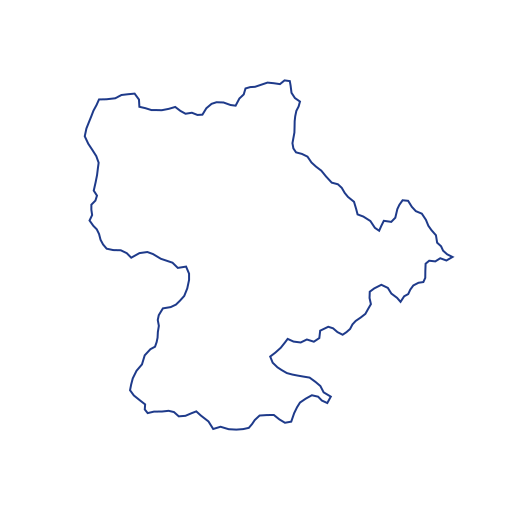 Coqueiral, Minas Gerais, Brazil, rotated 282°
{"feature_id": "56859067B68228561117509", "entity_name": "Coqueiral", "entity_type": "district", "adm_level": 2, "iso_a3": "BRA", "parent_name": "Brazil", "parent_adm1": "Minas Gerais", "projection": "mercator", "projection_center": [-45.418, -21.178], "detail": "fine", "context": "isolated", "style": "outline", "palette": "blue", "viewbox_px": 512, "rotation_deg": 282, "n_neighbors": 0, "source": "geoboundaries", "source_scale": "gbopen_adm2", "svg_char_len": 3004}
<svg xmlns="http://www.w3.org/2000/svg" viewBox="0 0 512 512"><g transform="rotate(282 256 256)"><path d="M294.8,83.8L286.2,83.7L282.0,87.9L276.8,87.4L272.0,84.3L267.1,85.3L262.0,87.2L256.1,85.8L251.7,90.6L249.0,94.7L244.9,97.9L239.5,100.6L235.5,104.0L232.1,108.4L232.1,115.1L233.5,122.5L231.9,129.0L228.4,134.3L234.6,141.4L237.3,148.9L236.5,154.8L233.5,163.5L232.8,169.6L232.1,175.7L228.1,182.0L231.1,189.8L224.8,194.2L218.7,195.5L210.0,195.5L202.0,194.1L196.3,190.8L191.8,187.8L188.3,183.2L185.4,175.8L177.9,173.2L173.0,173.2L167.5,175.5L161.3,175.8L155.6,176.7L151.1,176.7L146.3,176.1L142.9,172.1L135.7,167.8L126.3,167.0L118.9,163.0L110.7,160.9L104.2,160.6L98.5,160.7L94.2,165.5L90.5,172.8L87.8,178.4L82.8,179.1L79.8,182.7L82.6,188.6L84.3,196.3L86.4,202.7L86.3,208.2L83.1,213.8L85.0,220.2L88.8,225.6L91.6,229.9L88.5,235.2L84.3,243.9L77.9,250.1L81.6,256.8L80.9,265.3L82.1,272.9L84.0,279.4L86.4,284.7L90.8,287.1L95.3,288.9L100.7,292.7L102.7,299.8L104.2,306.5L101.0,312.9L98.9,319.0L101.3,324.9L110.2,326.0L116.6,327.6L121.8,329.5L126.8,334.3L131.4,339.6L131.3,346.0L128.3,350.5L127.0,356.3L134.0,358.4L136.7,350.5L142.2,346.0L145.1,340.6L148.2,333.7L147.9,327.3L147.7,321.7L147.6,316.3L147.9,310.5L149.8,304.7L151.6,300.1L155.1,294.5L160.6,290.8L165.5,295.0L171.4,299.3L177.2,302.2L181.5,304.2L180.1,310.5L180.7,317.7L184.9,323.1L184.2,330.4L188.9,335.0L196.3,334.3L201.8,341.4L201.3,346.4L198.5,351.5L197.0,357.1L200.3,360.3L204.2,363.2L209.2,364.6L213.2,367.0L217.6,371.2L222.1,375.0L227.9,376.8L232.8,378.4L238.5,375.8L244.7,374.7L248.9,378.4L253.9,384.6L252.2,391.6L247.4,396.2L244.4,402.7L241.2,406.9L247.4,409.3L250.4,412.8L255.2,413.9L259.9,416.0L263.6,420.5L265.3,425.1L269.8,426.1L276.3,424.8L283.7,423.5L287.4,426.4L288.0,432.5L292.1,436.7L291.2,443.2L295.9,448.4L297.4,442.6L300.1,437.9L304.0,435.0L306.7,430.4L313.7,427.7L317.8,422.2L321.4,418.3L326.7,414.7L331.9,409.4L333.1,403.0L336.5,398.2L341.6,393.3L341.0,387.8L335.9,385.6L331.3,384.5L322.4,384.3L317.5,381.2L317.0,373.7L311.5,372.3L306.3,371.2L308.3,366.4L314.0,360.6L316.9,352.8L317.8,346.7L322.6,344.3L329.4,340.6L332.9,333.7L336.1,329.7L340.5,325.7L343.2,321.2L343.5,314.8L348.4,307.9L353.0,302.2L356.0,295.9L359.0,290.8L363.9,285.7L365.4,279.7L365.7,273.6L369.0,270.2L373.9,268.2L384.7,267.9L390.2,266.9L395.9,265.8L400.9,265.3L406.4,265.3L411.1,266.6L416.2,266.9L418.6,261.2L423.0,256.8L429.9,254.4L434.1,252.7L433.7,247.4L429.1,243.7L428.7,237.4L428.0,231.2L424.8,225.8L421.3,219.9L420.0,215.2L417.7,210.9L411.5,210.4L406.6,207.0L398.8,204.8L398.4,199.7L399.4,192.3L398.2,185.4L395.6,180.9L390.2,176.7L383.1,174.2L381.8,169.4L382.8,163.5L380.5,157.5L382.2,151.9L385.0,146.0L381.8,140.1L379.0,133.5L378.0,128.1L377.0,123.4L377.6,117.0L377.7,110.9L384.7,109.0L389.6,103.5L387.5,96.8L385.5,90.9L381.0,85.5L378.2,77.1L376.5,69.9L370.4,68.6L364.4,66.8L358.1,65.8L352.5,64.8L345.5,63.6L337.5,63.6L330.9,68.6L325.7,73.9L320.5,79.0L314.5,82.7L309.0,83.1L302.1,83.7L294.8,83.8Z" fill="none" stroke="#1e3a8a" stroke-width="2"/></g></svg>